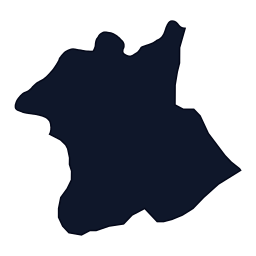 the district of Chosan, Chagang-do, North Korea
{"feature_id": "82179303B68159150924260", "entity_name": "Chosan", "entity_type": "district", "adm_level": 2, "iso_a3": "PRK", "parent_name": "North Korea", "parent_adm1": "Chagang-do", "projection": "natural_earth1", "projection_center": [125.757, 40.773], "detail": "fine", "context": "isolated", "style": "filled", "palette": "ink", "viewbox_px": 256, "rotation_deg": 0, "n_neighbors": 0, "source": "geoboundaries", "source_scale": "gbopen_adm2", "svg_char_len": 5457}
<svg xmlns="http://www.w3.org/2000/svg" viewBox="0 0 256 256"><path d="M49.6,134.2L60.5,139.8L65.7,144.8L67.7,148.6L69.6,157.8L69.5,164.4L71.6,171.0L71.5,179.9L67.2,188.7L60.8,197.5L58.6,208.5L58.6,217.3L62.7,226.1L68.9,232.7L81.5,234.9L89.9,230.5L96.2,230.5L108.9,226.1L123.6,223.9L132.1,215.0L144.7,208.4L157.2,221.6L163.5,221.6L171.9,219.4L182.5,215.0L193.0,208.4L203.6,197.4L218.4,184.1L240.6,170.3L239.5,168.7L231.2,162.1L224.9,155.5L216.6,144.5L208.3,133.5L200.1,115.9L193.8,109.3L183.3,109.3L175.0,104.9L175.1,85.1L177.3,71.8L179.5,63.0L179.6,47.6L185.1,28.3L184.3,28.2L183.8,28.2L183.3,28.1L182.8,28.0L182.3,27.9L181.8,27.7L181.4,27.5L181.1,27.4L180.7,27.1L180.2,26.8L179.8,26.5L179.5,26.1L179.0,25.7L178.7,25.3L178.6,25.2L178.3,24.8L178.0,24.5L177.7,24.0L177.4,23.6L176.9,23.3L176.6,22.8L176.2,22.5L175.8,22.2L175.4,22.0L175.0,21.7L174.6,21.5L174.2,21.4L173.8,21.3L173.4,21.2L172.9,21.1L172.5,21.1L172.0,21.1L171.4,21.1L171.0,21.2L170.5,21.3L170.3,21.5L169.9,21.7L169.6,21.9L169.3,22.2L169.1,22.4L168.8,22.7L168.6,23.0L168.3,23.4L168.1,23.8L167.8,24.3L167.4,24.9L167.0,25.9L166.7,26.4L166.5,27.0L166.2,27.6L166.0,28.2L165.9,28.7L165.7,29.1L165.6,29.7L165.3,30.2L165.2,30.8L164.9,31.5L164.7,32.2L164.3,33.0L164.0,33.9L163.8,34.2L163.5,34.7L163.1,35.4L162.7,36.0L162.3,36.6L161.8,37.2L161.3,37.7L160.6,38.3L160.0,38.8L159.3,39.3L158.7,39.6L158.1,39.9L157.3,40.2L156.6,40.6L156.1,41.1L155.4,41.5L154.8,41.9L154.2,42.3L153.6,42.7L153.0,43.0L152.3,43.3L151.6,43.6L150.9,43.9L150.2,44.1L149.6,44.4L149.1,44.6L148.4,44.8L147.8,45.0L147.2,45.2L146.5,45.4L145.7,45.7L145.1,45.9L144.3,46.2L143.7,46.4L143.1,46.6L142.5,46.8L142.1,47.0L141.7,47.2L141.4,47.4L141.1,47.7L140.8,48.2L140.5,48.7L140.3,49.1L140.0,49.5L139.7,50.0L139.4,50.4L139.2,50.7L138.8,51.0L138.5,51.5L138.1,51.9L137.7,52.3L137.2,52.6L136.8,53.0L136.2,53.3L135.7,53.6L135.2,53.9L134.9,54.1L134.4,54.4L133.4,55.1L132.9,55.4L132.3,55.7L131.7,55.9L131.2,56.1L130.7,56.3L130.2,56.3L129.8,56.3L128.9,56.3L128.4,56.1L128.1,56.1L127.7,55.9L127.2,55.8L126.8,55.6L126.2,55.3L125.7,55.1L124.6,54.4L124.4,54.3L124.0,54.0L123.7,53.7L123.4,53.4L123.1,53.0L122.9,52.5L122.8,52.1L122.7,51.6L122.7,51.0L122.8,50.3L122.8,49.7L122.9,49.3L123.1,49.0L123.2,48.6L123.5,48.1L123.7,47.5L123.8,47.1L123.9,46.7L123.9,46.1L123.9,45.4L123.9,44.8L123.8,44.1L123.6,43.5L123.4,43.0L123.1,42.4L122.8,41.8L122.4,41.4L122.0,40.8L121.4,40.4L121.0,39.9L120.6,39.5L120.1,39.0L119.7,38.5L119.2,38.0L118.8,37.6L118.3,37.3L117.8,36.9L117.3,36.4L116.8,36.0L116.3,35.7L115.9,35.4L115.4,35.1L115.0,34.9L114.5,34.6L114.0,34.3L113.3,33.9L112.5,33.6L111.5,33.2L110.9,33.0L110.3,32.9L109.5,32.8L108.9,32.7L108.3,32.6L107.5,32.5L106.9,32.3L106.4,32.3L105.7,32.2L104.3,32.2L103.7,32.3L103.1,32.5L102.6,32.8L102.0,33.1L101.5,33.4L101.0,33.7L100.6,34.0L100.1,34.4L99.6,34.9L99.3,35.3L99.0,35.6L98.8,36.0L98.7,36.4L98.4,36.8L98.1,37.2L97.8,37.7L97.5,38.2L97.1,38.5L96.9,38.9L96.6,39.4L96.4,40.0L96.2,40.4L96.1,41.0L95.9,41.6L95.8,42.2L95.7,42.7L95.6,43.4L95.5,44.0L95.5,44.8L95.4,45.6L95.3,46.5L95.1,47.0L94.9,47.7L94.6,48.3L94.4,49.0L94.2,49.4L94.0,49.7L93.8,50.3L93.6,50.8L93.3,51.1L92.8,51.3L92.2,51.4L90.7,51.4L89.8,51.4L88.9,51.3L88.3,51.3L87.7,51.3L86.8,51.2L86.1,51.2L85.4,51.1L84.2,50.9L83.7,50.8L83.1,50.7L82.5,50.6L81.8,50.5L81.2,50.3L80.5,50.2L79.7,50.1L78.8,50.0L77.9,49.9L77.2,49.7L76.5,49.6L75.8,49.4L75.1,49.3L74.3,49.2L73.7,49.1L73.1,49.1L72.4,49.1L71.7,49.2L71.1,49.3L70.5,49.5L69.9,49.7L69.4,49.9L68.8,50.1L68.1,50.4L67.7,50.6L67.1,50.9L66.6,51.2L66.0,51.5L65.5,51.8L65.1,52.1L64.6,52.5L64.2,52.9L63.8,53.3L63.4,53.7L63.1,54.1L62.8,54.5L62.3,54.9L62.0,55.4L61.6,55.8L61.3,56.1L61.1,56.5L60.9,56.8L60.5,57.3L60.2,57.6L59.9,58.0L59.6,58.5L59.4,59.0L59.3,59.3L59.2,59.8L59.0,60.4L58.7,61.0L58.3,61.6L58.0,62.2L57.6,62.9L57.4,63.3L56.9,64.0L56.6,64.6L56.2,65.2L55.7,65.9L55.3,66.6L54.9,67.1L54.5,67.7L54.1,68.3L53.8,68.8L53.4,69.3L53.0,69.8L52.7,70.2L52.3,70.7L51.8,71.2L51.0,72.1L50.4,72.8L49.9,73.4L49.4,74.0L48.8,74.5L48.3,75.1L47.8,75.6L47.3,76.1L46.7,76.7L46.2,77.2L45.6,77.6L45.0,78.1L44.4,78.6L43.9,79.0L43.4,79.4L42.7,79.8L41.9,80.2L41.3,80.6L40.4,81.0L39.7,81.4L38.6,82.1L37.9,82.4L37.4,82.7L36.8,83.1L36.3,83.5L35.9,83.9L35.4,84.3L34.8,84.9L34.3,85.3L33.8,85.8L33.2,86.4L32.6,86.9L32.2,87.5L31.7,88.1L31.2,88.7L30.7,89.1L30.2,89.5L29.8,89.9L29.3,90.3L28.7,90.8L28.0,91.2L27.4,91.5L26.8,91.8L26.3,92.0L25.6,92.3L24.8,92.6L24.2,92.8L23.7,93.2L23.0,93.6L22.5,94.0L22.0,94.5L21.5,95.0L21.0,95.4L20.5,95.9L20.0,96.5L19.6,97.0L19.3,97.4L18.9,97.8L18.5,98.3L18.0,99.0L17.7,99.4L17.4,99.9L17.1,100.4L16.8,101.0L16.6,101.4L16.4,102.0L16.1,102.7L16.0,103.3L15.8,103.8L15.6,104.3L15.5,104.9L15.4,105.6L15.4,106.2L15.4,107.0L15.5,107.7L15.7,108.3L16.1,108.8L16.4,109.2L16.8,109.5L17.2,109.8L17.7,110.1L18.3,110.3L19.0,110.6L19.8,110.9L20.9,111.3L21.8,111.6L22.5,112.0L23.5,112.3L24.3,112.5L24.7,112.6L25.7,112.8L26.6,113.0L27.6,113.1L28.5,113.3L29.5,113.4L30.2,113.5L30.9,113.6L31.8,113.7L33.4,114.0L34.2,114.0L35.1,114.2L36.0,114.3L36.9,114.5L37.7,114.7L38.6,114.9L39.5,115.1L40.3,115.3L40.8,115.5L41.4,115.6L42.0,115.8L42.7,116.0L43.4,116.3L44.1,116.6L44.8,116.9L45.6,117.2L46.2,117.6L46.7,117.9L47.2,118.3L47.7,118.8L48.3,119.3L48.8,119.9L49.3,120.5L49.8,121.1L50.1,121.9L50.3,122.7L50.5,123.2L50.6,123.8L50.8,124.5L50.8,125.3L50.9,126.0L51.0,126.8L51.1,127.5L51.0,128.8L51.0,129.6L50.9,130.3L50.7,131.0L50.6,131.6L50.5,132.2L50.3,132.7L50.1,133.2L49.8,133.8L49.6,134.2Z" fill="#0f172a" stroke="#020617" stroke-width="1.5"/></svg>